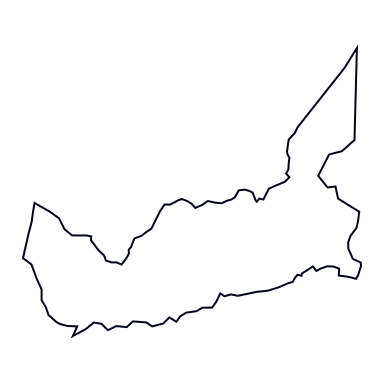 the district of Kato Platres, Limassol, Cyprus
{"feature_id": "46923920B17078755342050", "entity_name": "Kato Platres", "entity_type": "district", "adm_level": 2, "iso_a3": "CYP", "parent_name": "Cyprus", "parent_adm1": "Limassol", "projection": "robinson", "projection_center": [32.832, 34.888], "detail": "fine", "context": "isolated", "style": "outline", "palette": "ink", "viewbox_px": 384, "rotation_deg": 0, "n_neighbors": 0, "source": "geoboundaries", "source_scale": "gbopen_adm2", "svg_char_len": 1789}
<svg xmlns="http://www.w3.org/2000/svg" viewBox="0 0 384 384"><path d="M356.9,48.0L344.6,67.8L297.7,127.1L294.8,133.0L288.7,139.6L287.0,151.6L287.6,154.6L289.4,157.7L288.7,163.5L288.4,169.5L286.1,173.5L289.4,177.3L284.8,181.8L276.2,185.4L268.9,188.6L266.1,194.0L263.4,199.5L259.4,198.6L256.8,201.7L255.7,200.5L252.7,192.6L248.7,190.7L244.7,189.6L238.7,190.4L235.0,197.1L231.3,199.6L227.1,200.7L221.5,203.3L214.9,202.6L207.8,201.0L202.3,204.9L195.2,207.9L191.7,203.9L187.3,201.1L181.8,199.0L177.9,200.5L170.0,204.6L164.5,204.5L159.8,211.7L155.9,219.5L151.4,228.6L145.9,232.3L141.6,235.8L134.5,238.4L132.3,243.6L131.1,247.0L128.7,249.8L128.9,253.6L126.4,258.2L121.6,264.6L116.3,262.3L111.8,262.5L106.0,260.6L104.1,255.6L98.4,250.1L91.0,240.2L91.2,236.4L86.8,235.5L72.0,235.4L64.5,229.2L59.0,218.3L50.0,211.8L34.6,203.0L33.2,210.7L31.6,222.1L28.6,233.4L23.0,258.2L31.5,264.5L36.7,278.7L41.6,289.5L41.6,300.2L45.8,307.1L48.5,315.0L56.3,321.9L59.7,323.9L67.5,326.0L77.2,326.4L73.0,335.8L72.9,336.0L85.3,329.4L93.9,322.5L101.5,323.8L107.9,330.2L116.2,326.1L126.7,327.1L133.0,321.4L146.2,322.4L152.2,326.4L163.2,323.5L169.3,317.5L176.4,321.7L180.1,316.4L186.3,312.6L196.4,311.2L202.3,307.7L212.2,307.6L216.6,301.1L220.3,293.4L224.4,296.3L230.9,294.4L237.8,295.8L256.5,291.9L268.3,290.6L278.5,287.4L288.0,283.3L292.7,281.9L295.1,277.6L297.6,274.7L301.5,275.8L301.9,273.5L308.6,269.3L312.9,266.4L316.4,270.9L320.7,268.6L327.2,266.3L333.2,266.5L339.1,268.6L338.8,275.6L346.4,276.5L351.3,277.5L356.0,278.8L357.1,276.9L358.1,275.3L361.0,266.0L360.7,262.5L352.8,258.8L348.3,248.5L348.3,241.9L350.5,235.8L356.5,227.9L358.1,220.7L359.2,211.7L351.4,206.9L338.1,198.6L335.5,186.5L327.5,187.4L318.2,175.8L329.1,154.5L341.9,151.2L354.5,140.0L356.9,48.0Z" fill="none" stroke="#020617" stroke-width="2"/></svg>